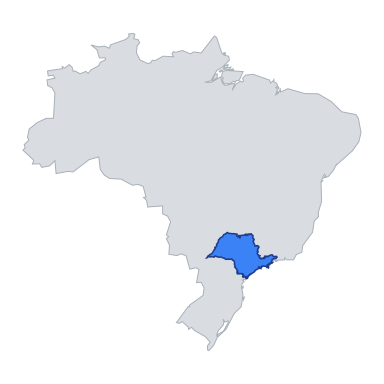 São Paulo highlighted on a map of Brazil
{"feature_id": "BRA-1311", "entity_name": "São Paulo", "entity_type": "State", "adm_level": 1, "iso_a3": "BRA", "parent_name": "Brazil", "parent_adm1": "", "projection": "albers", "projection_center": [-47.634, -22.544], "detail": "fine", "context": "in_parent", "style": "filled", "palette": "blue", "viewbox_px": 384, "rotation_deg": 0, "n_neighbors": 0, "source": "natural_earth", "source_scale": "10m", "svg_char_len": 9270}
<svg xmlns="http://www.w3.org/2000/svg" viewBox="0 0 384 384"><path d="M74.9,70.9L80.1,73.8L85.9,71.4L88.1,73.4L91.1,69.8L98.8,65.6L100.3,62.3L105.3,59.9L105.5,57.9L99.4,57.9L96.9,49.7L91.1,45.0L98.5,46.9L104.7,46.1L109.4,48.3L110.4,44.9L125.9,39.4L129.1,36.4L128.7,33.9L133.4,33.4L134.9,34.4L133.8,38.8L138.0,39.6L139.7,42.9L137.1,45.8L136.4,52.8L140.0,59.9L147.6,63.6L150.8,62.7L152.2,60.2L155.0,60.6L163.1,56.2L173.7,56.8L172.0,53.7L173.5,51.6L175.6,52.4L182.4,50.5L190.4,53.9L193.6,51.9L201.1,53.0L214.4,36.0L216.7,37.7L221.7,52.8L224.1,55.1L228.7,56.3L229.3,60.2L221.6,67.8L216.9,70.3L210.9,80.7L204.8,82.3L211.2,82.4L220.6,77.0L222.6,83.5L225.2,85.5L234.9,83.1L232.1,90.5L235.8,84.5L240.3,81.1L242.5,82.1L243.5,81.0L242.6,78.3L245.6,75.1L253.2,74.3L269.5,80.1L270.6,83.0L272.9,81.1L276.7,83.4L277.6,85.8L275.7,87.5L276.5,88.4L278.5,86.8L279.0,88.4L277.1,90.0L275.8,95.0L278.4,93.0L280.3,89.2L280.6,92.0L287.9,88.7L304.7,93.6L318.2,93.8L331.0,101.4L341.8,111.8L356.0,114.6L358.4,118.4L361.0,132.7L358.8,141.8L352.6,150.6L336.6,164.9L336.7,163.7L333.4,170.5L328.4,176.4L326.2,177.2L324.7,174.3L323.3,175.7L321.0,182.2L321.6,201.4L318.3,212.3L318.5,216.7L314.2,221.1L312.6,232.2L302.6,245.8L301.9,252.2L296.3,254.6L293.5,259.9L286.3,259.8L284.9,257.7L284.3,260.0L273.3,260.2L273.7,262.1L266.7,266.5L262.8,266.3L255.9,270.0L247.2,276.8L245.6,280.0L244.1,278.8L243.5,280.2L241.5,279.6L244.1,281.5L242.1,283.6L241.5,287.2L243.0,295.0L241.2,306.7L234.3,313.4L225.9,329.4L217.9,336.8L217.7,334.4L223.4,331.3L228.2,322.5L228.3,321.0L225.0,322.0L222.9,319.2L224.0,322.0L223.1,325.2L218.2,330.7L216.7,334.9L217.3,337.2L213.7,345.4L208.8,350.6L207.6,350.0L207.4,345.9L210.2,342.2L205.4,336.7L194.8,330.7L191.5,327.3L188.6,329.4L188.2,326.9L182.1,321.6L179.3,323.3L176.4,322.6L188.2,306.6L189.7,306.6L189.4,305.2L203.1,295.4L204.1,287.8L201.2,282.4L196.6,282.6L198.9,269.5L195.9,267.7L189.8,269.2L186.1,255.8L180.9,253.8L177.2,255.6L168.9,254.3L169.5,245.3L166.4,238.5L168.6,236.8L166.4,234.9L170.6,221.7L167.5,216.0L162.7,213.9L162.6,205.9L147.7,207.0L146.6,200.4L143.5,197.4L146.0,197.1L143.2,186.5L138.2,184.4L132.4,185.2L121.0,179.1L109.6,178.5L104.4,175.2L100.3,169.5L98.8,156.9L89.0,159.7L73.1,171.9L67.8,171.4L56.1,173.6L54.9,160.6L49.7,165.8L41.9,167.4L39.5,163.7L32.4,164.1L33.8,160.3L23.0,150.2L25.1,147.8L24.2,144.6L28.9,140.1L27.5,137.3L29.2,129.0L37.4,122.5L46.1,118.4L53.5,118.3L54.9,92.9L52.0,87.8L47.7,85.5L47.0,79.9L55.0,78.1L53.1,75.2L48.2,75.9L47.5,70.9L62.6,68.6L62.2,66.5L64.8,68.1L69.2,64.6L72.2,67.4L73.1,71.4L74.9,70.9ZM226.3,70.4L243.1,71.6L239.2,80.3L236.1,80.5L235.6,82.0L233.1,81.3L230.5,83.6L224.2,83.7L221.8,79.4L223.5,78.2L221.5,76.7L222.7,71.7L226.3,70.4ZM212.2,81.1L214.6,74.8L217.3,73.9L217.2,77.7L212.2,81.1ZM230.9,67.2L229.3,69.6L225.4,69.1L226.0,67.6L230.9,67.2ZM225.1,64.8L224.5,69.5L222.9,69.1L225.1,64.8ZM233.6,70.2L231.2,70.5L230.1,70.1L233.0,68.7L233.6,70.2ZM222.6,70.5L220.2,72.1L219.2,71.4L220.9,69.9L222.6,70.5ZM227.1,66.3L225.9,65.4L227.9,64.4L228.1,65.3L227.1,66.3ZM225.5,54.2L224.1,54.5L223.7,52.8L225.1,52.6L225.5,54.2ZM243.5,299.9L243.1,298.2L244.1,296.8L244.3,297.2L243.5,299.9ZM268.0,265.8L268.3,267.7L266.8,267.2L268.0,265.8ZM242.7,288.3L242.1,287.4L243.1,286.4L243.4,286.8L242.7,288.3ZM278.0,91.9L276.9,93.7L278.0,91.2L278.0,91.9ZM325.3,177.5L323.7,177.9L324.8,176.5L325.3,177.5ZM277.2,261.1L275.7,261.6L275.4,261.3L276.3,260.5L277.2,261.1ZM322.6,180.7L321.9,181.7L321.6,181.0L322.6,180.7ZM273.8,79.5L273.9,80.5L273.4,80.3L273.8,79.5Z" fill="#d9dde1" stroke="#a8b0b8" stroke-width="1"/><path d="M272.5,262.7L272.3,262.9L271.6,263.0L271.4,262.8L271.2,262.8L271.2,262.6L270.5,263.1L270.2,263.2L270.0,263.3L270.3,263.6L270.0,263.7L269.8,264.1L269.7,263.9L269.7,264.1L269.2,263.8L269.2,264.2L268.8,264.1L268.7,264.3L268.8,264.5L268.4,264.7L268.1,264.5L267.5,264.9L267.2,264.9L267.0,265.3L267.1,265.7L267.2,265.8L267.2,266.1L267.3,266.3L267.2,266.6L266.7,266.6L266.4,266.8L265.9,266.4L265.5,266.4L265.4,266.3L264.8,266.2L263.6,266.0L262.7,266.3L262.4,266.6L262.1,266.6L261.5,266.8L261.5,266.7L261.2,267.1L260.8,267.3L261.1,267.3L261.5,267.0L261.7,266.9L261.3,267.4L261.3,267.9L261.1,268.0L260.9,267.9L260.3,268.2L260.1,268.2L260.4,267.9L260.3,267.4L259.8,267.2L259.6,267.0L259.4,267.3L259.4,267.5L259.1,267.4L259.4,267.9L259.7,267.9L259.7,268.3L259.4,268.1L258.0,268.8L255.3,270.3L254.9,270.8L254.8,271.2L254.8,271.5L254.7,271.6L254.4,271.6L254.3,271.8L253.4,272.5L251.4,273.8L251.0,273.9L250.7,273.8L249.9,274.4L248.5,275.6L248.0,276.1L247.6,276.8L247.4,276.9L247.1,276.8L247.1,276.7L247.4,276.7L247.0,276.6L246.9,276.9L246.7,276.8L246.9,277.0L247.5,277.1L248.0,277.0L247.7,277.8L247.5,278.2L247.0,278.4L246.5,279.1L246.9,278.4L246.4,278.5L245.8,278.2L245.4,276.6L245.0,276.8L245.0,276.6L244.6,276.6L244.4,276.3L243.9,276.1L243.6,276.4L243.6,276.8L243.3,277.2L242.7,276.9L242.6,276.5L242.8,276.2L242.8,275.7L243.0,275.5L242.9,275.0L243.2,274.7L243.4,274.3L242.9,274.1L242.7,273.8L242.4,273.8L242.1,274.0L241.9,273.7L241.7,273.9L241.1,273.9L240.7,273.6L239.6,273.7L239.2,273.4L239.2,273.7L239.0,273.9L238.3,273.8L237.9,273.9L237.2,273.7L237.1,273.1L237.0,272.7L237.3,272.5L237.3,272.1L237.1,271.9L237.6,271.6L237.5,271.3L237.7,271.0L237.2,270.7L237.0,270.1L236.8,270.0L236.8,269.3L236.7,269.0L236.3,268.8L235.9,268.5L235.6,268.0L235.4,267.6L235.1,267.5L234.8,267.1L234.7,266.9L234.9,266.8L235.0,266.6L235.1,265.7L234.7,265.1L234.5,264.2L234.3,264.0L234.6,263.0L234.4,261.8L234.1,261.3L233.7,260.8L233.6,260.5L233.3,260.5L232.4,260.1L232.2,259.9L232.2,259.6L231.8,259.3L231.7,258.9L231.5,259.0L231.3,258.9L230.5,259.2L229.9,259.3L229.5,259.2L229.1,259.3L228.5,259.0L228.2,259.3L227.6,259.3L226.4,259.1L225.9,259.4L225.6,259.4L225.4,259.3L225.2,258.8L224.6,258.3L222.8,257.9L221.0,257.0L220.3,257.0L219.7,257.3L219.3,257.3L218.7,257.0L218.3,257.1L217.9,256.8L216.8,256.7L216.0,256.2L215.3,256.0L214.8,256.2L214.5,256.9L214.2,257.1L214.0,256.8L213.7,256.7L213.4,256.9L212.4,256.8L211.8,256.9L211.3,256.6L211.1,256.5L210.4,256.9L209.3,256.8L208.9,256.6L208.5,256.6L208.0,256.9L207.2,257.7L206.8,257.8L207.2,257.3L207.7,256.4L207.9,256.3L208.3,255.7L208.6,255.7L209.2,255.3L209.4,255.0L210.5,254.2L211.7,253.6L212.8,252.5L213.3,251.0L214.0,250.4L214.4,249.4L215.0,249.1L215.3,248.8L215.3,248.5L214.8,247.8L214.8,247.6L215.0,247.2L215.7,247.2L216.1,246.5L216.6,246.0L216.7,245.6L216.5,244.3L217.1,243.8L217.5,243.0L218.3,242.0L218.4,240.5L218.7,239.6L219.2,239.4L220.6,237.6L222.1,237.0L222.5,236.7L223.0,236.1L223.2,235.3L224.0,234.5L225.9,233.7L226.5,233.1L226.7,232.8L227.5,232.5L228.2,233.2L228.4,233.2L232.1,233.7L234.7,233.7L236.0,234.1L236.9,234.0L237.1,234.1L237.1,234.3L236.7,234.4L236.6,234.9L236.7,235.4L237.4,236.7L237.7,236.8L237.9,236.7L238.3,236.2L238.5,235.6L238.8,235.4L239.1,235.5L239.3,235.8L239.3,236.2L239.3,237.6L239.9,237.9L240.2,237.6L240.0,236.4L240.3,235.6L240.5,235.5L241.3,235.4L242.0,235.5L242.5,235.2L243.2,235.3L243.8,235.1L244.5,235.1L245.1,235.3L245.3,235.1L245.1,234.5L245.3,234.3L245.7,235.0L246.5,235.4L247.0,235.1L247.1,234.8L247.1,234.4L247.4,234.6L247.5,235.0L248.0,235.0L248.1,234.4L248.0,234.2L249.3,233.9L249.9,234.5L250.1,234.4L250.4,234.1L251.3,233.8L251.5,234.0L251.5,234.5L251.8,234.8L252.6,235.2L253.0,235.6L253.1,235.9L253.0,236.4L252.8,236.7L252.7,237.9L253.0,238.2L253.8,238.7L254.1,239.6L254.1,239.9L253.7,240.1L253.6,240.5L253.4,240.8L253.2,241.8L253.8,242.5L253.8,242.8L253.9,243.7L254.5,244.3L255.0,245.6L254.9,246.0L255.1,246.1L255.8,246.1L256.2,245.9L256.4,245.7L256.8,245.7L257.4,246.0L257.7,245.8L257.8,246.0L258.0,246.1L258.1,246.3L258.5,246.3L258.8,246.5L258.9,247.1L258.7,247.3L258.7,247.7L258.3,248.4L258.0,248.4L257.8,249.3L257.5,249.5L257.5,249.8L257.7,250.0L257.6,250.3L257.9,251.0L257.6,251.2L257.5,251.4L257.6,251.5L257.3,251.6L257.4,251.9L257.8,251.9L258.0,252.2L257.5,252.8L257.2,253.7L257.5,254.1L257.6,254.5L258.4,254.8L258.5,255.2L259.2,255.5L259.7,255.6L259.4,255.9L259.6,256.4L259.0,256.8L259.9,257.5L259.8,258.0L259.9,258.4L260.5,258.6L261.5,258.3L261.5,258.7L262.6,258.5L262.9,258.2L263.2,258.2L263.3,258.1L263.7,258.5L264.1,258.2L264.3,258.4L264.5,258.2L264.4,257.9L264.7,257.9L264.8,257.5L264.7,257.3L264.3,257.3L264.2,257.2L264.9,256.6L264.8,256.2L265.4,256.2L265.2,256.5L265.3,256.7L266.0,256.4L266.1,256.6L266.4,256.7L267.0,256.2L267.2,256.4L267.3,256.7L268.4,256.3L268.6,256.0L268.8,256.0L269.6,255.4L270.1,255.2L271.1,255.1L271.9,254.7L272.4,255.0L272.8,255.6L273.3,256.1L273.3,256.4L273.6,256.5L273.9,256.5L274.3,256.6L275.3,256.4L275.6,256.4L276.6,256.4L277.0,257.0L277.0,257.3L276.6,257.4L276.3,257.7L276.3,258.0L276.1,258.3L275.4,258.6L275.2,258.6L274.8,258.7L274.6,258.5L274.1,258.8L273.7,258.7L273.1,259.1L272.6,259.2L272.3,259.5L272.1,259.6L272.0,260.8L271.8,261.1L271.6,261.2L271.5,261.7L271.8,262.3L272.1,262.2L272.2,262.5L272.5,262.7ZM268.7,267.4L268.6,267.7L268.4,267.9L268.1,267.4L267.3,267.6L267.0,267.6L266.8,267.2L267.6,266.5L267.8,265.8L268.6,266.2L268.5,266.8L268.3,266.8L268.2,267.0L268.3,267.3L268.6,267.2L268.7,267.4ZM250.8,273.9L251.4,273.8L251.0,274.1L250.6,274.3L248.5,276.0L248.0,276.8L247.9,276.8L248.1,276.2L248.4,275.7L249.6,274.9L250.1,274.4L250.5,274.2L250.8,273.9ZM260.0,267.4L260.3,268.0L259.9,267.8L259.7,267.9L259.3,267.6L259.5,267.6L259.5,267.4L260.0,267.4Z" fill="#3b82f6" stroke="#1e3a8a" stroke-width="1.5"/></svg>